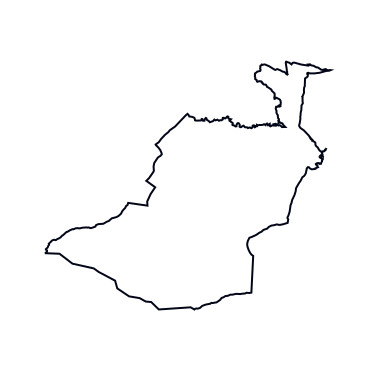 the district of Buyant, Hovd, Mongolia, rotated 352°
{"feature_id": "93677404B7788562092433", "entity_name": "Buyant", "entity_type": "district", "adm_level": 2, "iso_a3": "MNG", "parent_name": "Mongolia", "parent_adm1": "Hovd", "projection": "equal_earth", "projection_center": [92.174, 47.985], "detail": "fine", "context": "isolated", "style": "outline", "palette": "ink", "viewbox_px": 384, "rotation_deg": 352, "n_neighbors": 0, "source": "geoboundaries", "source_scale": "gbopen_adm2", "svg_char_len": 6033}
<svg xmlns="http://www.w3.org/2000/svg" viewBox="0 0 384 384"><g transform="rotate(352 192 192)"><path d="M317.5,185.7L320.2,185.0L319.7,184.1L319.9,183.1L318.6,182.2L318.5,181.5L319.7,180.9L321.0,180.9L322.0,181.2L322.2,181.9L323.7,182.0L324.1,180.9L325.0,179.8L325.1,178.6L326.0,178.0L326.2,177.2L325.7,177.3L323.5,175.7L323.2,175.0L323.5,174.4L324.7,173.5L325.2,174.0L326.0,174.1L325.7,174.9L326.5,174.9L326.3,174.2L326.5,173.0L326.0,171.3L326.5,170.8L326.5,170.4L328.6,170.0L329.9,169.2L329.7,168.8L330.7,168.0L330.6,167.9L328.5,169.7L327.8,170.0L325.4,169.9L324.6,169.2L323.8,168.1L322.7,165.4L321.1,163.5L320.8,162.3L321.0,160.6L320.6,159.7L319.1,158.6L318.9,157.9L318.2,157.9L318.3,156.9L318.0,156.6L317.5,156.5L317.5,156.0L317.1,155.9L317.2,155.4L316.7,155.2L316.3,154.6L316.4,153.8L315.9,153.4L315.6,152.5L311.3,146.5L308.3,143.7L307.4,141.8L307.3,141.4L307.6,140.3L308.3,138.7L309.6,134.3L309.6,132.8L310.1,131.4L310.8,128.1L311.7,126.0L312.5,121.5L314.1,119.6L314.1,117.8L314.5,114.5L314.7,113.8L314.7,113.4L314.4,113.0L315.1,112.2L316.8,109.2L317.0,106.7L317.6,104.2L318.4,102.9L319.7,95.6L319.8,95.3L322.1,94.1L322.7,93.5L323.1,92.0L322.7,91.6L322.9,91.3L322.6,90.8L322.9,90.2L323.6,90.1L325.4,91.0L329.6,91.6L335.0,91.7L341.9,90.8L344.6,91.0L346.2,90.6L345.5,90.4L344.9,90.6L340.4,89.4L340.8,88.9L340.7,88.9L338.5,89.3L337.0,88.9L334.0,86.2L332.3,85.8L330.0,83.9L328.7,83.6L327.3,82.8L326.5,82.7L326.5,82.0L324.3,81.9L324.4,82.4L325.3,82.9L324.9,83.1L317.7,80.9L311.3,78.1L309.6,78.1L308.3,79.5L306.1,77.3L305.3,77.1L303.4,76.0L303.2,76.2L302.8,77.2L302.9,84.2L302.7,85.2L303.0,86.4L302.6,87.7L303.1,88.7L302.7,89.0L301.8,88.3L301.1,86.9L300.0,85.9L298.5,85.4L296.2,83.6L293.4,82.1L291.7,82.7L290.9,82.4L285.9,78.2L281.7,75.7L282.0,75.3L281.5,75.7L279.8,75.9L279.0,76.0L278.8,75.6L277.1,76.8L277.1,78.2L276.6,79.1L276.9,80.8L276.4,81.6L273.3,81.9L272.5,82.6L270.9,83.3L270.6,84.3L270.8,84.7L270.3,86.1L270.6,87.1L270.3,89.0L271.5,90.0L271.7,91.5L272.1,92.0L273.9,91.6L276.0,92.1L276.5,92.8L276.3,93.2L277.3,94.2L277.1,94.5L277.3,94.8L278.2,95.6L279.9,95.9L280.2,96.2L280.8,97.6L280.9,98.3L281.6,98.7L284.5,101.3L284.9,101.7L285.0,102.7L287.5,105.9L287.3,108.0L287.0,108.7L287.3,109.6L286.6,110.0L286.7,111.3L287.1,111.3L287.8,110.8L287.8,110.4L288.4,110.3L291.2,112.1L291.9,112.8L292.3,113.8L292.4,115.7L291.8,118.2L290.7,119.0L291.3,119.0L291.4,119.4L290.4,119.6L290.4,119.0L290.7,118.3L290.5,118.2L289.7,118.8L288.3,119.2L288.0,119.6L287.1,119.4L286.5,121.1L287.0,123.5L286.7,124.6L286.8,126.0L287.7,128.0L287.5,129.2L287.6,131.2L288.2,131.9L288.1,132.8L287.5,133.4L288.0,133.7L288.1,134.5L287.5,135.0L287.2,135.8L288.9,135.3L289.6,136.0L291.0,136.6L291.4,137.3L291.5,138.0L293.4,140.6L290.1,140.2L289.0,138.6L288.1,138.0L287.1,138.2L286.1,137.5L284.5,138.0L283.4,137.8L283.4,137.4L284.8,136.5L284.3,136.1L282.1,136.3L282.4,137.2L282.0,137.5L281.1,137.2L280.1,137.5L279.5,137.2L279.1,137.8L278.7,137.9L278.3,137.4L277.9,136.3L278.3,135.4L277.9,135.5L276.7,136.5L276.4,136.5L275.8,134.7L274.5,135.3L274.1,136.0L272.8,134.9L271.9,135.3L269.7,135.3L268.2,135.0L266.4,135.1L265.7,134.6L265.6,135.8L264.4,135.5L263.9,136.4L263.2,136.7L262.9,136.3L263.2,135.2L262.6,134.6L262.0,134.6L261.3,134.8L260.8,136.4L259.9,137.1L259.4,137.0L258.3,136.1L256.3,136.5L255.9,135.8L253.4,135.2L252.3,133.5L251.5,133.6L249.7,134.6L248.8,134.5L248.2,133.9L248.7,132.3L247.8,130.4L247.3,130.2L246.8,130.2L246.1,130.7L245.5,131.7L245.2,133.1L244.1,133.1L242.9,131.9L241.5,131.4L241.4,130.8L241.9,130.0L241.9,129.3L239.1,126.7L240.7,125.4L238.6,124.6L238.1,123.6L238.5,122.7L238.2,122.3L237.7,122.1L237.0,122.3L236.2,123.2L235.0,123.8L233.9,123.0L232.8,122.9L232.6,123.3L232.6,124.4L231.1,125.1L229.7,124.8L228.6,125.2L227.2,123.9L225.2,124.3L224.2,123.4L222.8,124.7L219.4,125.4L218.7,124.3L216.8,122.6L216.5,121.0L216.0,120.6L214.6,121.8L214.3,123.1L213.8,123.2L212.7,122.9L212.3,122.4L212.4,121.3L211.9,121.0L211.6,121.2L211.1,122.3L210.6,122.4L206.1,121.9L205.0,121.5L204.8,119.1L204.2,118.5L202.3,117.5L199.8,116.8L199.3,115.2L198.4,114.0L196.5,115.2L184.4,124.8L178.7,127.7L176.8,129.5L173.4,131.5L168.9,135.1L166.0,138.1L162.6,139.9L162.8,140.6L164.9,143.3L166.4,146.0L167.3,149.3L167.3,150.5L165.7,151.9L163.7,152.7L162.7,153.4L158.6,158.1L157.5,161.4L157.2,165.6L156.6,166.7L151.6,172.1L148.3,174.6L156.2,182.2L150.8,188.2L146.3,195.2L146.0,199.3L127.3,193.9L126.3,196.0L124.8,196.7L123.6,198.5L121.4,200.2L120.1,201.5L118.8,203.5L116.7,205.0L115.5,205.7L113.4,206.4L108.9,206.9L105.6,209.1L103.4,209.6L99.8,211.1L94.7,210.8L92.3,211.5L91.5,212.8L87.2,213.7L86.0,213.5L84.8,212.7L83.3,212.7L82.7,212.4L78.5,212.1L75.7,212.4L73.3,211.8L71.5,211.8L69.6,212.4L68.3,212.2L65.6,213.0L63.1,214.1L62.2,214.1L58.3,216.8L57.2,217.2L55.6,218.6L53.6,219.5L52.2,219.8L50.4,220.7L48.7,220.1L46.8,220.5L43.0,223.3L43.1,224.5L42.3,225.1L41.4,226.8L39.3,228.3L39.4,228.9L40.3,229.8L40.2,230.5L38.9,231.9L37.8,232.1L52.2,234.7L63.6,246.3L84.1,254.0L88.6,258.3L103.5,269.1L104.6,277.1L115.2,286.6L125.4,289.8L130.9,294.0L136.3,295.3L142.8,303.7L174.6,306.0L178.1,308.7L178.8,308.1L180.3,308.0L181.5,308.3L183.8,307.9L186.3,306.2L190.0,305.4L194.4,305.2L195.7,304.5L196.9,304.8L201.0,304.7L204.8,302.8L206.6,301.0L208.4,300.7L210.6,299.7L213.0,299.8L215.6,299.0L217.5,299.3L221.6,299.0L225.6,299.8L227.5,299.7L230.3,299.9L232.0,299.4L234.8,300.0L236.8,299.9L243.7,263.8L242.1,262.2L241.0,260.2L239.9,256.8L239.4,254.1L239.3,252.5L239.5,250.8L240.5,248.2L241.6,246.6L242.5,245.3L244.7,244.9L249.7,243.4L252.8,241.8L255.5,240.9L257.4,239.5L261.4,238.7L263.1,237.3L265.9,236.3L268.1,236.3L271.6,235.9L273.6,236.7L274.7,236.8L277.8,236.6L282.4,235.9L283.5,232.5L282.9,231.2L283.0,230.5L284.1,228.9L285.9,225.2L287.8,218.7L289.0,216.7L290.1,213.8L293.0,209.4L294.8,205.6L295.5,202.9L296.3,201.7L299.3,197.9L301.2,195.9L303.3,192.8L305.3,191.7L306.2,190.8L307.4,189.1L308.0,187.1L308.5,186.3L308.8,184.9L309.6,183.9L310.2,183.5L311.1,183.7L312.1,185.1L313.7,186.2L317.1,186.3L317.5,186.2L317.5,185.7Z" fill="none" stroke="#020617" stroke-width="2"/></g></svg>